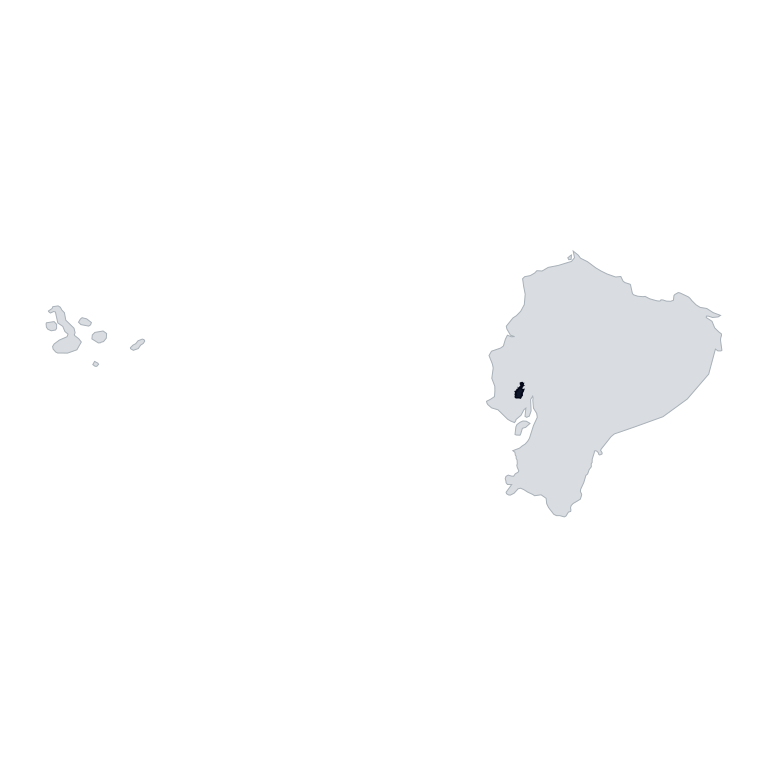 Isidro Ayora, Guayas, Ecuador shown in context
{"feature_id": "8360857B10119074569782", "entity_name": "Isidro Ayora", "entity_type": "district", "adm_level": 2, "iso_a3": "ECU", "parent_name": "Ecuador", "parent_adm1": "Guayas", "projection": "mercator", "projection_center": [-80.16, -1.923], "detail": "fine", "context": "in_parent", "style": "filled", "palette": "ink", "viewbox_px": 768, "rotation_deg": 0, "n_neighbors": 0, "source": "geoboundaries", "source_scale": "gbopen_adm2", "svg_char_len": 6176}
<svg xmlns="http://www.w3.org/2000/svg" viewBox="0 0 768 768"><path d="M720.5,315.4L718.2,316.9L712.6,317.5L708.2,316.1L706.4,316.1L706.2,317.5L712.0,321.3L714.7,327.9L718.8,331.9L721.4,333.9L721.5,335.4L720.7,338.0L720.5,340.2L721.9,350.3L721.0,350.9L717.9,350.9L715.4,349.1L708.7,374.1L687.3,399.0L663.0,416.7L635.0,426.8L614.4,433.9L611.1,436.6L601.1,449.2L600.6,450.4L602.0,452.5L602.1,453.9L600.6,454.7L599.3,454.9L598.7,454.2L598.3,452.7L596.9,451.2L595.3,450.7L594.4,451.1L594.3,452.5L592.2,459.2L592.1,462.5L591.2,463.8L591.3,466.8L589.2,469.5L587.6,474.0L585.9,475.4L583.8,482.5L580.6,489.4L580.4,491.8L581.4,493.5L581.7,494.9L580.3,499.2L573.1,503.5L571.2,505.5L570.5,507.8L570.9,509.8L570.7,511.4L568.4,512.1L566.0,516.0L564.3,516.9L559.7,515.6L556.4,515.6L553.8,514.3L548.6,507.6L546.7,503.7L546.1,498.3L541.1,494.8L534.6,495.7L532.6,494.4L527.7,492.1L523.6,489.5L520.5,488.2L518.1,488.8L514.1,493.2L510.4,495.1L508.7,495.0L506.5,493.7L506.1,492.2L511.7,484.6L507.5,484.5L506.1,482.8L505.9,480.9L505.2,478.8L506.0,476.4L508.2,475.1L511.5,476.1L513.7,476.2L515.2,473.9L518.2,472.1L518.8,470.9L517.2,467.2L516.8,465.2L517.3,464.0L517.1,460.0L516.2,458.5L516.1,456.2L515.3,455.0L514.9,452.2L512.8,450.7L519.6,448.1L522.1,446.0L525.1,444.1L527.7,441.2L529.4,438.4L533.5,425.5L537.3,417.3L536.7,413.4L533.5,408.2L532.8,400.4L533.1,398.0L532.7,396.2L530.6,399.5L531.1,410.9L529.3,416.1L526.7,417.3L525.0,416.4L525.9,408.1L524.0,409.6L521.0,415.3L516.0,419.5L515.7,420.9L514.5,422.6L510.6,421.0L507.7,419.3L498.0,409.8L491.6,407.9L487.8,404.6L487.0,403.2L486.5,401.3L490.5,399.3L494.5,396.6L494.9,390.8L494.8,386.2L491.8,378.3L493.2,368.0L492.4,364.0L489.0,355.5L491.5,351.2L500.5,348.1L503.4,346.0L505.4,339.2L507.4,335.2L511.4,336.8L514.6,336.6L510.4,335.1L506.9,329.0L506.3,326.2L513.0,317.9L516.4,315.7L520.7,311.3L524.3,304.6L525.2,294.2L523.7,286.6L522.6,278.7L524.7,276.7L530.2,275.6L534.6,273.1L536.9,270.7L542.1,271.0L548.2,267.4L558.0,265.5L571.5,261.4L574.5,257.7L573.2,251.1L578.2,255.1L580.5,258.2L587.5,261.7L595.8,267.9L601.2,271.1L607.1,274.0L615.6,277.0L620.8,276.5L623.1,281.2L625.0,282.6L630.0,284.2L630.5,284.8L632.4,293.5L633.5,294.8L637.7,296.2L643.0,296.7L645.1,296.4L649.7,298.8L656.8,300.8L659.4,301.1L660.5,300.7L661.0,299.8L663.1,300.0L666.2,301.1L670.6,301.3L673.4,300.3L674.0,295.4L675.0,294.4L678.2,292.6L679.9,292.9L688.2,296.8L689.9,298.2L692.0,300.8L696.0,304.8L700.2,307.4L706.8,308.5L713.1,312.6L720.5,315.4ZM61.8,310.0L64.4,312.7L65.8,320.2L74.0,328.2L75.1,332.7L74.3,334.8L74.7,335.6L78.7,338.7L81.3,342.0L76.9,349.8L67.6,353.1L57.7,353.0L55.8,352.1L53.1,349.1L52.6,346.5L54.1,344.0L59.3,340.1L67.1,336.7L68.0,334.1L64.9,331.5L62.8,326.4L57.8,322.9L55.4,312.0L53.7,311.5L50.4,313.0L48.7,311.7L48.4,311.0L52.1,308.5L52.8,306.7L58.1,305.9L60.4,307.3L61.8,310.0ZM100.4,342.8L98.3,342.9L91.9,338.9L92.3,335.0L94.9,332.4L103.1,331.0L106.6,333.5L106.3,338.2L103.5,341.6L101.2,342.2L100.4,342.8ZM520.8,433.6L520.0,435.2L516.1,435.0L515.0,434.5L515.9,426.9L517.0,424.5L520.2,422.2L522.9,421.0L526.3,421.2L530.0,423.4L525.7,427.3L522.4,428.3L520.8,433.6ZM55.5,330.0L51.3,330.8L47.9,329.3L46.4,327.2L46.1,323.9L46.4,322.8L54.1,321.6L56.6,324.3L56.6,328.4L55.5,330.0ZM138.2,348.6L133.3,350.3L130.6,348.7L130.4,347.7L133.0,345.1L135.7,343.7L138.0,340.8L142.3,339.1L143.6,339.5L144.4,340.1L144.7,341.1L143.3,343.4L140.7,345.1L138.2,348.6ZM90.6,324.8L88.7,326.1L80.9,324.6L78.5,322.2L80.4,319.0L82.1,317.7L86.7,318.9L91.4,322.5L90.6,324.8ZM96.8,366.3L95.1,366.3L92.8,364.6L94.6,361.4L97.8,363.1L98.6,364.3L96.8,366.3ZM571.1,259.4L568.8,259.7L567.8,257.8L570.6,255.5L571.5,255.0L571.1,259.4Z" fill="#d9dde1" stroke="#a8b0b8" stroke-width="1"/><path d="M522.1,395.6L522.2,395.3L522.3,395.1L522.2,394.7L522.1,394.3L521.8,394.2L521.5,394.3L521.5,394.2L521.6,393.7L521.6,393.3L521.8,393.3L522.0,393.3L522.0,393.2L522.3,393.1L522.4,392.8L522.4,392.6L522.5,392.3L522.6,392.1L522.8,391.7L523.0,391.4L523.2,391.2L523.2,390.9L523.3,390.8L523.7,389.6L523.4,389.7L523.0,389.7L522.9,389.6L522.7,389.6L522.4,389.4L522.2,389.2L521.8,389.2L521.7,389.2L521.4,388.9L521.4,388.7L521.3,388.3L521.2,388.3L521.1,388.0L521.1,387.9L521.3,387.9L521.5,387.8L521.5,387.7L521.6,387.4L521.8,387.3L522.0,387.3L522.1,387.1L522.3,386.7L522.5,386.6L522.6,386.4L522.4,386.3L522.5,386.3L522.5,386.1L522.8,385.9L522.7,385.9L522.6,385.7L522.4,385.5L522.4,385.3L522.5,385.1L522.6,384.9L522.9,384.8L523.0,384.7L523.2,384.4L523.0,384.2L523.2,383.8L523.2,383.7L523.3,383.5L523.2,383.5L523.1,383.4L522.9,383.3L522.8,383.2L522.7,383.2L522.6,383.3L522.6,383.1L522.4,383.0L522.3,382.9L522.2,382.8L522.2,382.6L521.7,382.6L521.4,382.8L521.2,382.9L520.9,382.9L520.5,383.0L520.4,383.2L520.2,383.3L520.0,383.5L519.9,383.5L520.0,383.5L520.3,383.7L520.3,383.8L520.4,384.0L520.5,384.1L520.8,384.1L520.8,384.3L520.8,384.5L520.9,384.8L521.0,384.9L521.3,384.9L521.2,385.0L521.3,385.2L521.2,385.2L520.7,386.2L520.2,386.6L520.3,386.9L520.3,387.0L519.9,387.3L520.1,387.5L520.1,387.9L520.0,388.0L519.9,388.0L519.6,388.0L519.5,387.9L519.4,387.9L519.3,388.1L519.2,388.1L518.9,388.2L518.8,388.3L518.7,388.3L518.5,388.5L518.4,388.4L518.4,388.5L518.3,388.8L518.2,388.9L518.1,389.0L517.9,389.2L517.8,389.3L517.7,389.4L517.8,389.5L517.6,389.9L517.5,390.0L517.4,390.0L517.2,390.3L517.1,390.5L517.0,390.4L517.0,390.5L517.0,390.4L516.9,390.5L517.0,390.6L516.9,390.6L516.8,390.8L516.7,390.9L516.7,391.0L516.4,391.2L515.5,391.4L515.5,391.5L515.7,391.8L515.4,391.8L515.5,392.0L515.6,392.3L515.6,392.5L515.7,392.8L515.8,393.0L515.7,393.0L515.7,393.3L515.6,393.5L515.5,393.8L515.6,394.1L515.5,394.3L515.7,394.5L515.8,394.6L515.7,394.6L515.8,394.7L515.7,394.7L515.7,394.8L515.8,394.8L515.7,394.8L515.6,395.0L515.6,395.3L515.5,395.5L515.6,395.8L515.5,396.0L515.4,396.1L515.3,396.4L515.3,396.5L515.3,396.8L515.3,397.0L515.4,397.3L515.5,397.4L515.7,397.6L515.8,397.6L516.2,397.7L516.6,397.8L517.0,397.7L517.2,397.8L517.6,397.7L517.8,397.6L518.0,397.6L518.4,397.7L519.0,397.8L519.4,397.8L519.8,397.8L520.0,397.8L520.2,398.0L520.3,398.1L520.5,398.0L520.6,397.9L520.8,397.6L521.0,397.2L521.1,396.7L521.2,396.4L521.3,396.3L521.3,396.2L521.5,396.0L521.9,395.8L522.1,395.6Z" fill="#0f172a" stroke="#020617" stroke-width="1.5"/></svg>